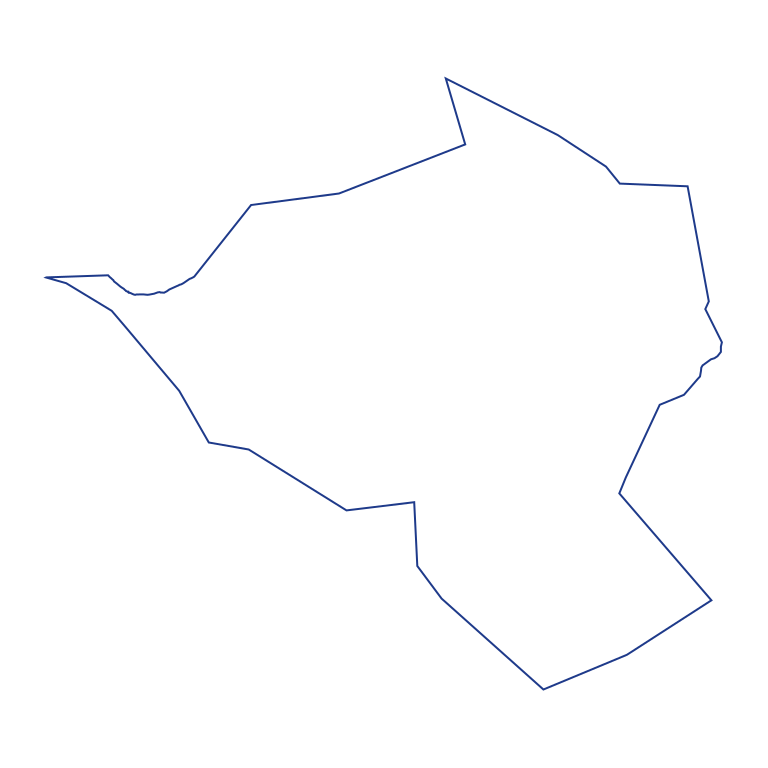 Darvi, Govi-Altay, Mongolia
{"feature_id": "93677404B27205660652351", "entity_name": "Darvi", "entity_type": "district", "adm_level": 2, "iso_a3": "MNG", "parent_name": "Mongolia", "parent_adm1": "Govi-Altay", "projection": "orthographic", "projection_center": [94.024, 46.494], "detail": "fine", "context": "isolated", "style": "outline", "palette": "blue", "viewbox_px": 768, "rotation_deg": 0, "n_neighbors": 0, "source": "geoboundaries", "source_scale": "gbopen_adm2", "svg_char_len": 1262}
<svg xmlns="http://www.w3.org/2000/svg" viewBox="0 0 768 768"><path d="M445.8,78.5L465.2,144.4L339.0,193.5L251.1,205.0L194.3,276.6L193.0,277.4L191.2,278.3L189.6,278.9L188.3,279.8L184.1,282.7L182.5,283.7L180.8,284.5L179.4,284.8L178.6,285.4L177.5,285.8L169.3,289.5L166.8,291.3L164.1,292.7L162.7,292.6L161.1,292.5L160.5,292.5L159.8,292.1L157.7,292.4L154.1,293.7L151.9,294.1L149.3,294.6L147.4,294.8L143.4,294.4L140.5,294.4L136.3,294.5L135.4,294.8L134.3,294.7L132.5,294.0L130.7,293.1L130.1,292.9L129.0,292.8L128.7,292.2L128.5,292.5L127.9,292.0L126.9,291.3L126.1,291.1L125.7,290.5L124.8,289.9L124.0,289.0L123.2,288.4L122.6,288.1L120.4,286.6L119.2,285.6L117.9,284.5L117.2,283.9L115.8,282.8L114.0,281.4L113.3,280.1L112.7,279.7L110.8,277.9L110.0,277.3L108.1,275.3L46.3,277.4L46.1,277.5L66.2,283.2L111.7,310.8L126.2,327.8L179.2,390.8L208.8,442.5L248.7,449.5L346.5,510.4L369.7,507.6L414.2,502.2L417.3,566.0L441.6,598.6L543.4,689.5L626.9,654.8L711.4,600.3L619.3,493.4L625.8,477.5L659.7,404.8L684.0,394.8L697.5,379.2L700.0,376.5L701.0,370.8L701.3,367.6L702.6,365.4L711.0,359.3L714.5,358.2L717.5,356.2L720.9,351.9L720.9,346.6L721.9,342.3L705.3,309.1L708.8,301.4L687.6,186.3L619.8,183.6L606.0,166.6L557.8,135.1L445.8,78.5Z" fill="none" stroke="#1e3a8a" stroke-width="2"/></svg>